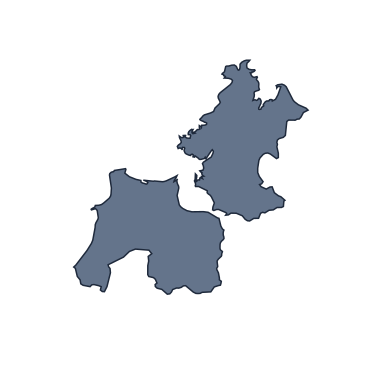 the Region of Dytiki Ellada, rotated 64°
{"feature_id": "GRC-2886", "entity_name": "Dytiki Ellada", "entity_type": "Region", "adm_level": 1, "iso_a3": "GRC", "parent_name": "Greece", "parent_adm1": "", "projection": "equal_earth", "projection_center": [21.414, 38.264], "detail": "fine", "context": "isolated", "style": "filled", "palette": "slate", "viewbox_px": 384, "rotation_deg": 64, "n_neighbors": 0, "source": "natural_earth", "source_scale": "10m", "svg_char_len": 6044}
<svg xmlns="http://www.w3.org/2000/svg" viewBox="0 0 384 384"><g transform="rotate(64 192 192)"><path d="M207.6,331.2L206.8,328.5L198.6,312.1L194.1,304.9L191.8,302.3L181.4,294.6L179.0,293.3L177.6,291.9L175.3,288.6L174.1,287.5L167.0,285.3L164.7,286.0L164.0,290.2L163.3,290.2L163.0,288.7L163.1,287.2L162.8,285.8L161.7,284.8L163.1,281.5L163.6,278.9L163.2,276.3L161.3,269.1L160.0,267.0L158.4,265.7L153.1,262.7L140.5,258.7L139.4,257.8L138.8,255.9L139.3,253.5L138.6,252.3L141.9,241.5L142.7,241.5L145.6,244.1L150.8,241.6L156.1,236.8L159.2,232.9L160.8,233.5L162.3,232.5L163.6,230.9L164.9,229.7L164.9,228.5L164.4,228.0L164.1,227.5L162.9,228.0L161.7,228.9L160.7,229.8L160.0,230.6L165.4,222.0L165.6,221.0L169.9,213.9L170.4,212.3L170.7,210.3L170.9,200.8L170.7,198.3L172.0,199.8L173.6,202.6L174.8,203.7L174.7,201.8L174.4,200.3L173.9,199.2L174.5,200.2L176.3,201.1L178.4,201.5L180.9,201.5L182.6,202.1L188.6,206.9L198.1,209.1L200.4,208.6L202.8,207.5L206.6,204.7L209.8,200.7L214.6,190.5L217.3,186.4L226.4,180.5L227.5,179.3L235.3,181.0L237.9,180.9L239.0,180.7L240.2,180.0L241.3,181.1L242.8,182.1L244.5,182.8L246.4,183.1L247.9,183.7L248.6,185.1L249.1,186.9L250.0,188.6L251.3,189.7L254.8,191.5L256.1,191.8L257.1,191.6L258.4,190.9L259.0,190.8L260.0,191.9L260.9,192.6L261.8,193.0L262.6,193.8L263.9,197.8L264.8,199.4L265.7,200.0L270.1,201.5L270.5,201.8L270.9,202.6L271.6,203.4L272.6,203.7L276.3,203.7L281.4,205.1L282.9,205.9L285.1,204.8L286.9,206.1L288.2,207.3L287.7,209.2L287.1,213.6L290.0,218.9L286.6,226.9L286.7,229.1L285.9,231.1L284.8,233.0L282.4,234.8L273.4,238.8L272.6,240.9L273.0,243.5L272.6,246.0L271.5,248.0L271.2,252.2L272.9,254.3L273.8,256.6L273.0,259.0L266.3,261.8L263.2,265.5L260.9,266.4L259.0,265.7L258.5,263.4L254.4,263.2L252.1,264.1L249.0,267.9L246.9,268.0L238.8,264.0L235.1,261.2L230.7,259.6L229.8,255.2L225.4,256.2L218.5,267.9L218.0,274.3L220.5,282.1L220.6,299.3L222.7,299.7L224.8,299.2L228.8,300.7L239.8,309.9L243.2,314.4L242.1,316.3L239.9,317.3L237.3,315.1L235.3,316.9L232.2,320.7L231.5,322.8L232.4,325.1L228.1,330.8L225.8,332.2L221.9,331.1L217.6,332.1L209.5,330.3L207.6,331.2ZM227.6,171.9L227.0,170.8L226.4,170.2L225.3,170.6L219.4,175.7L218.5,177.5L218.2,180.5L217.1,181.3L214.7,179.8L211.6,176.7L204.6,176.7L202.6,177.2L200.9,178.2L199.3,178.7L197.6,177.7L190.0,183.6L188.6,186.4L187.9,186.4L186.8,185.4L185.1,185.0L183.5,185.0L182.9,184.8L182.1,183.7L177.2,181.0L179.2,180.4L181.1,181.5L182.9,183.2L184.5,184.3L184.5,183.1L184.0,182.4L183.7,181.9L183.8,181.2L184.5,180.0L183.4,179.1L182.9,178.9L182.9,177.7L183.4,177.5L184.5,176.7L182.2,176.7L182.9,174.5L181.8,175.1L180.8,175.3L179.8,175.2L178.9,174.5L178.2,175.1L177.7,175.4L176.4,175.7L177.2,172.6L175.7,171.0L173.3,170.3L171.1,170.2L170.2,168.7L169.0,159.4L166.5,156.3L165.2,155.2L164.6,154.9L164.1,155.1L162.9,155.2L163.3,156.4L168.2,164.9L166.5,164.9L166.8,165.4L166.9,165.5L167.1,165.6L167.4,165.9L167.0,167.6L166.7,169.3L166.2,170.7L165.4,171.3L164.2,171.6L161.6,173.0L160.8,173.5L161.1,174.2L161.7,174.5L160.8,175.7L159.2,174.6L158.2,175.1L157.9,176.1L158.0,176.7L158.6,177.2L157.7,178.4L155.9,180.0L154.6,180.9L153.8,181.1L151.4,181.0L150.5,180.4L149.6,179.4L148.7,179.3L147.7,181.0L148.3,181.6L149.0,182.0L149.9,182.1L147.9,182.8L147.0,183.7L146.9,185.4L144.6,185.2L143.8,183.6L143.5,181.5L142.8,180.0L141.4,179.4L137.7,179.4L136.2,178.9L137.6,178.2L138.7,177.4L139.1,176.3L138.7,174.5L137.6,175.2L137.1,175.7L138.2,173.2L138.7,172.4L138.4,173.5L139.6,174.1L141.0,173.2L142.0,171.8L142.8,170.2L140.7,168.4L139.8,168.5L138.8,170.2L137.4,169.6L136.4,168.4L135.8,166.8L135.5,164.9L135.9,164.5L136.0,164.5L136.3,163.7L137.4,165.3L138.8,166.0L140.0,165.6L140.4,163.7L138.8,164.9L139.3,162.8L138.2,159.9L138.8,158.4L138.8,157.2L137.6,157.2L136.9,157.0L135.5,156.3L136.6,155.6L137.2,155.3L138.0,155.2L137.5,154.9L136.8,154.2L136.3,154.0L137.4,151.5L137.7,150.2L137.6,149.3L136.5,148.6L135.5,149.2L134.6,150.3L133.5,150.8L133.0,151.4L131.7,152.5L130.4,153.2L129.8,152.5L129.5,151.1L128.4,148.8L128.1,147.1L129.1,140.7L129.1,137.3L126.6,134.5L124.7,128.6L123.7,127.2L119.0,127.2L117.4,126.6L116.0,125.1L115.1,123.1L112.3,110.5L111.1,108.0L109.5,106.7L107.8,107.3L106.0,109.1L104.6,111.4L103.7,113.1L102.9,111.4L102.2,111.7L101.4,112.5L100.5,112.2L99.2,113.4L98.7,112.7L98.5,111.3L98.1,110.1L94.0,106.7L94.0,105.7L94.9,103.7L95.4,100.8L96.4,98.3L98.5,97.1L101.1,97.2L102.5,97.1L103.0,96.6L102.7,95.6L101.7,94.7L100.8,94.1L98.2,92.8L97.2,90.5L97.0,87.6L97.4,85.3L98.9,82.3L99.5,83.5L100.3,86.1L102.2,87.4L104.5,88.2L106.7,87.0L108.4,84.7L109.6,82.1L110.4,82.1L110.8,83.3L110.9,84.2L110.8,84.8L110.4,85.3L110.6,85.5L111.0,85.9L111.0,86.4L110.4,87.4L112.8,87.5L114.8,87.2L116.2,85.9L116.8,83.0L117.6,83.0L118.8,84.7L120.0,84.7L121.4,84.2L123.3,84.2L124.9,84.9L126.0,85.6L127.4,86.2L129.5,86.5L129.8,87.5L129.4,89.7L129.3,91.9L130.3,92.9L131.9,93.3L133.5,94.3L136.4,97.1L136.5,95.7L136.8,94.9L137.3,94.4L138.0,93.8L138.0,92.9L137.1,90.8L138.4,89.9L140.6,90.0L142.5,91.2L145.3,94.6L145.4,95.0L146.1,95.4L146.8,95.7L147.3,95.3L147.8,93.8L146.8,92.9L146.4,92.2L146.1,89.9L145.7,89.7L145.1,89.9L144.6,89.5L143.1,86.7L142.9,85.1L143.8,83.0L143.1,81.8L143.5,80.4L144.4,79.5L145.4,79.9L145.3,76.3L142.4,72.2L136.4,66.1L135.6,67.1L135.1,68.1L135.1,69.1L135.7,70.2L134.0,69.6L133.4,69.8L133.2,68.0L134.5,63.9L136.5,62.1L138.7,61.2L153.5,60.9L155.7,60.4L160.3,58.1L166.7,52.7L169.3,51.8L169.4,57.0L172.5,61.3L173.4,63.6L172.6,65.6L172.7,67.7L169.7,73.7L170.2,75.9L182.1,83.3L182.9,86.0L182.2,90.2L182.7,92.4L184.6,94.0L186.6,94.3L188.5,95.9L195.0,97.4L198.9,99.3L199.0,101.4L192.1,105.0L190.1,106.9L189.3,109.3L189.4,111.5L191.2,116.0L192.9,118.0L199.4,122.5L203.3,124.4L207.5,124.7L213.9,123.6L215.2,125.9L214.9,128.0L217.5,127.6L221.9,124.0L221.7,119.7L222.5,117.7L228.7,118.3L233.3,116.0L235.2,114.2L240.2,112.1L240.4,113.4L245.1,116.2L245.1,118.4L243.2,122.4L243.7,126.8L242.2,130.8L242.7,135.6L241.2,137.5L241.2,139.7L244.8,143.7L242.8,148.1L243.3,152.9L242.1,154.8L239.8,156.2L235.4,157.2L230.5,161.5L228.1,166.2L228.5,169.3L227.6,171.9Z" fill="#64748b" stroke="#1e293b" stroke-width="1.5"/></g></svg>